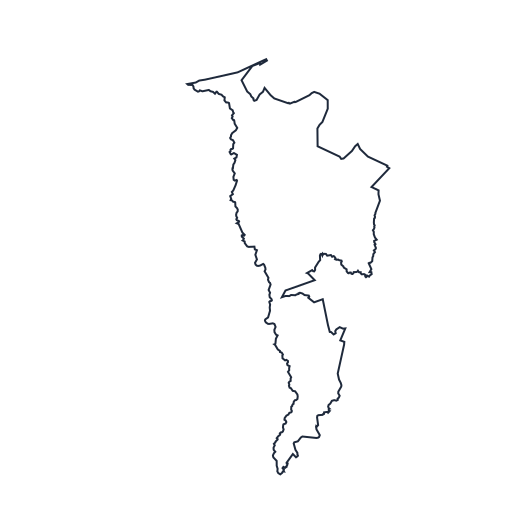 outline of Amatlán de Cañas, Nayarit, Mexico, rotated 32°
{"feature_id": "50627088B27678172888036", "entity_name": "Amatlán de Cañas", "entity_type": "district", "adm_level": 2, "iso_a3": "MEX", "parent_name": "Mexico", "parent_adm1": "Nayarit", "projection": "robinson", "projection_center": [-104.374, 20.799], "detail": "fine", "context": "isolated", "style": "outline", "palette": "slate", "viewbox_px": 512, "rotation_deg": 32, "n_neighbors": 0, "source": "geoboundaries", "source_scale": "gbopen_adm2", "svg_char_len": 6154}
<svg xmlns="http://www.w3.org/2000/svg" viewBox="0 0 512 512"><g transform="rotate(32 256 256)"><path d="M396.6,352.5L399.3,350.3L400.2,350.7L400.5,349.2L400.6,348.5L399.9,348.7L399.0,347.6L398.7,347.0L399.1,346.6L398.3,346.5L397.0,345.5L396.5,343.8L397.2,341.9L397.1,338.6L398.7,336.8L400.8,336.1L401.6,334.7L400.8,333.7L401.3,332.3L401.0,330.2L398.5,328.9L397.7,327.4L397.5,321.6L396.9,320.3L395.1,318.7L391.9,316.8L387.6,312.4L377.7,284.5L376.4,282.0L372.2,282.9L370.1,270.1L368.3,271.5L364.7,272.0L363.0,275.7L363.0,277.7L364.5,279.3L363.4,281.4L360.0,280.7L358.8,281.3L353.6,276.4L335.5,257.3L329.8,264.5L322.5,263.7L322.7,262.3L321.7,261.6L317.9,263.4L315.3,263.2L312.7,263.9L311.8,265.2L312.2,265.7L310.7,267.2L310.2,268.4L306.4,270.5L305.5,272.3L302.2,274.3L299.8,277.2L299.3,269.6L318.6,245.4L309.4,243.2L308.3,243.4L311.1,238.2L312.5,238.6L313.5,238.2L313.5,236.5L312.2,234.5L312.2,227.8L312.6,225.5L310.0,221.8L309.7,220.4L310.0,219.7L310.6,219.6L311.9,220.4L311.4,218.8L312.2,219.1L312.5,218.1L314.2,217.2L316.2,218.0L319.0,215.5L321.0,216.3L321.8,215.0L322.6,214.9L324.7,215.8L324.7,216.8L325.1,216.8L326.6,216.4L327.5,215.5L328.8,215.5L330.9,214.6L331.6,215.1L331.7,216.6L332.9,218.1L335.6,218.5L336.6,219.3L339.9,219.3L341.0,221.0L343.0,221.7L343.8,221.5L344.0,220.6L345.1,219.8L346.4,220.5L347.4,220.1L347.7,218.8L347.4,217.9L349.6,216.4L350.3,215.4L350.3,214.5L351.8,215.2L353.4,214.3L353.9,215.2L355.4,215.5L357.2,214.1L358.3,214.0L359.6,215.5L360.5,215.7L360.8,215.0L360.5,213.7L362.8,213.6L362.8,212.3L363.7,210.1L362.4,208.6L360.9,209.5L360.8,206.0L355.4,202.4L355.7,201.7L356.7,201.1L357.3,198.8L355.5,195.4L355.5,194.1L354.5,192.2L354.8,189.7L353.0,188.8L353.7,187.0L353.5,185.7L350.6,183.6L351.0,182.6L348.9,181.6L348.2,180.6L349.7,178.2L347.1,177.3L344.3,175.1L343.1,173.1L341.5,172.2L341.7,170.8L341.4,169.1L340.7,168.5L340.4,167.1L339.3,166.6L338.1,165.0L336.3,161.6L336.6,160.7L336.1,159.6L335.0,158.7L334.9,156.9L334.4,156.2L331.8,143.4L327.1,138.7L325.2,135.4L317.4,136.3L322.5,110.9L319.7,110.9L319.5,109.8L298.2,112.4L287.6,110.1L282.9,107.1L281.9,110.4L281.7,116.1L278.6,126.9L276.8,128.5L274.3,127.4L250.1,130.3L240.5,115.3L240.4,111.0L241.3,107.2L238.8,93.1L234.2,85.8L223.9,84.7L218.4,86.0L216.9,88.4L216.1,91.3L208.4,103.8L207.5,104.9L206.9,104.8L204.0,108.8L202.7,108.7L202.4,109.4L188.0,112.7L183.2,111.9L174.2,108.9L174.9,113.0L173.5,117.1L173.8,123.4L172.3,125.3L171.1,124.9L170.3,123.7L167.5,123.2L165.4,121.8L161.4,121.2L150.6,114.6L152.2,96.8L157.1,90.3L158.1,91.5L161.7,84.5L160.3,83.7L143.1,110.0L119.3,133.5L114.9,137.3L113.0,140.8L106.6,146.6L107.8,146.8L111.5,144.6L113.1,145.4L114.3,146.9L115.8,147.5L119.7,147.4L120.5,146.4L120.6,145.3L123.3,144.7L128.0,140.2L130.1,140.4L132.6,139.6L135.2,140.1L135.4,137.6L135.8,137.4L138.5,138.3L141.3,137.5L143.4,138.1L145.4,138.0L146.8,140.8L149.3,141.6L150.9,140.7L152.1,140.6L155.7,144.7L159.0,144.8L160.5,146.2L161.5,146.6L161.1,149.5L162.3,150.2L162.4,151.9L164.7,152.8L165.2,152.4L165.9,152.8L167.8,155.1L172.2,157.3L172.3,160.1L170.7,164.3L170.8,166.8L171.5,168.0L171.5,169.5L171.9,169.9L173.0,170.3L175.2,170.0L177.6,171.4L177.4,173.1L179.5,176.9L179.2,177.7L178.2,178.5L178.1,179.5L178.9,180.6L178.5,181.8L180.7,183.1L181.2,183.0L182.7,180.4L186.2,180.3L187.2,182.8L186.0,184.9L187.7,185.6L188.4,188.4L188.3,190.4L189.9,193.8L189.6,194.0L190.0,194.9L190.9,195.9L194.2,197.2L194.9,200.9L196.7,203.2L198.0,203.3L199.3,201.8L200.0,202.2L201.2,206.9L202.0,212.5L201.6,214.5L203.6,215.8L202.4,218.9L204.6,220.6L204.9,222.1L206.2,221.6L207.9,222.1L209.5,221.4L210.0,221.6L212.3,224.9L214.7,225.5L216.0,226.4L216.8,227.9L216.6,229.6L217.3,231.6L218.2,232.7L219.8,233.6L219.8,235.2L220.7,235.8L222.9,235.4L223.4,235.7L223.4,236.5L222.4,238.4L224.4,238.1L232.0,243.3L235.2,244.1L235.1,245.1L233.3,245.6L233.0,246.1L233.7,247.1L236.5,247.7L236.7,249.3L236.5,249.9L238.7,249.7L239.6,251.0L243.4,252.5L244.9,252.2L249.7,248.9L251.5,251.0L253.7,250.6L254.8,255.3L258.6,258.4L258.8,262.3L260.2,263.5L261.8,263.8L263.1,263.3L264.5,262.0L266.3,258.9L267.5,259.1L270.2,261.1L271.2,262.4L271.4,264.4L278.1,267.9L278.7,269.7L279.5,270.3L281.0,271.3L282.2,271.4L283.5,272.5L284.7,278.1L287.4,279.7L287.9,281.8L289.5,283.7L291.9,284.3L292.9,285.1L292.9,285.8L291.7,287.0L291.6,287.9L293.7,289.7L294.9,292.4L296.9,295.0L298.8,301.7L297.5,304.7L297.6,305.7L298.0,306.2L299.5,307.1L302.0,307.2L303.1,306.7L305.9,304.2L307.6,303.9L308.5,304.5L310.2,305.8L310.7,308.9L312.1,310.8L314.7,312.1L316.4,311.9L316.7,315.6L318.8,319.8L318.9,320.6L318.4,321.2L319.4,321.3L324.0,323.7L326.6,323.8L327.2,324.7L328.8,324.3L329.7,324.6L331.1,325.4L331.0,326.3L332.7,328.7L336.0,329.1L336.8,328.0L338.7,328.1L339.4,329.1L339.3,330.7L339.6,331.1L340.6,331.9L342.9,331.6L343.5,333.5L344.7,335.3L344.5,337.3L350.1,340.2L350.3,341.6L351.6,343.6L350.9,345.0L350.9,346.2L352.5,347.5L352.7,348.6L354.3,349.9L355.6,349.6L358.6,350.9L360.9,350.0L364.5,351.5L365.8,353.0L366.9,355.3L366.4,356.9L365.5,357.6L365.3,358.5L365.3,359.8L366.2,361.5L365.8,362.1L365.8,363.3L366.2,364.0L365.8,365.1L367.2,367.6L368.5,368.4L368.8,369.3L368.5,370.2L367.4,371.3L367.5,373.3L366.4,375.2L366.2,378.2L366.9,379.8L368.3,379.8L369.7,380.7L369.9,382.4L368.5,384.1L368.6,384.8L369.7,387.1L371.3,388.4L371.8,390.6L371.3,391.9L370.5,392.5L370.2,393.8L370.9,394.2L371.1,395.1L370.4,396.9L370.1,399.5L371.4,399.8L371.6,400.2L370.9,403.1L371.2,403.8L370.7,405.8L372.2,406.6L372.4,409.1L373.2,410.4L373.9,411.1L376.1,411.8L375.7,413.7L376.0,416.1L376.5,416.7L377.5,417.6L382.1,418.8L384.7,422.9L387.1,425.0L388.2,427.3L389.9,428.3L392.3,428.3L393.1,426.0L392.9,424.6L393.9,424.0L393.4,423.8L393.0,422.6L390.9,421.8L391.0,420.3L392.7,420.1L393.0,419.0L393.2,419.6L393.6,418.6L393.2,418.4L393.3,416.8L392.8,415.3L392.0,415.7L391.5,415.2L392.2,404.4L396.6,405.5L397.4,403.6L397.2,402.9L396.4,402.5L395.4,401.0L392.2,399.5L387.3,395.0L387.2,393.7L389.7,391.0L390.2,386.2L391.0,384.5L403.7,378.3L404.9,377.2L405.4,376.1L405.0,374.1L399.2,371.0L397.4,369.0L397.2,368.3L398.0,368.5L398.3,366.5L393.3,360.5L392.7,359.0L393.3,357.9L396.7,355.4L396.7,354.3L397.3,353.9L396.6,352.5Z" fill="none" stroke="#1e293b" stroke-width="2"/></g></svg>